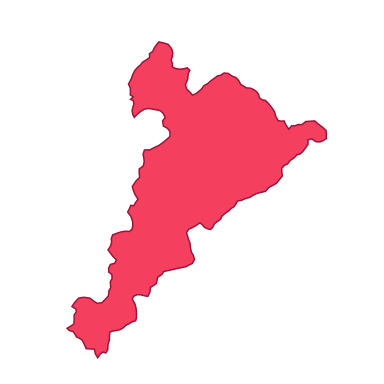 Pedro Leopoldo, Minas Gerais, Brazil (orthographic projection), rotated 173°
{"feature_id": "56859067B61889060897837", "entity_name": "Pedro Leopoldo", "entity_type": "district", "adm_level": 2, "iso_a3": "BRA", "parent_name": "Brazil", "parent_adm1": "Minas Gerais", "projection": "orthographic", "projection_center": [-44.041, -19.629], "detail": "fine", "context": "isolated", "style": "filled", "palette": "rose", "viewbox_px": 384, "rotation_deg": 173, "n_neighbors": 0, "source": "geoboundaries", "source_scale": "gbopen_adm2", "svg_char_len": 3395}
<svg xmlns="http://www.w3.org/2000/svg" viewBox="0 0 384 384"><g transform="rotate(173 192 192)"><path d="M276.0,159.1L277.8,155.5L277.9,152.1L279.4,148.4L282.4,144.8L280.5,141.5L278.3,137.7L275.3,133.7L277.5,130.7L281.9,130.0L284.0,126.6L284.4,122.7L281.6,119.9L281.9,115.8L284.1,112.7L284.3,106.9L286.5,104.1L287.6,99.1L291.4,95.8L295.0,93.1L299.7,93.1L302.8,95.6L306.1,99.0L312.3,100.7L317.4,100.5L320.7,97.8L323.2,95.3L325.1,92.9L321.6,90.1L321.4,87.1L324.0,84.3L324.5,80.0L325.3,75.4L329.4,73.4L332.6,71.9L330.5,69.3L327.1,68.1L325.6,65.4L324.4,62.3L322.0,60.8L319.2,58.6L317.5,54.1L316.1,49.4L312.3,48.7L308.0,47.9L307.6,43.1L305.8,39.0L302.9,42.3L299.9,44.0L297.2,42.7L294.8,45.9L293.9,51.2L292.0,55.2L291.5,59.2L290.6,62.9L287.8,63.7L284.1,63.7L280.4,64.1L276.9,65.5L273.6,67.9L270.6,68.9L267.5,70.3L263.7,71.1L262.4,73.8L261.9,78.3L261.7,83.8L262.3,88.0L264.3,93.0L262.7,95.6L258.9,96.8L255.1,96.1L252.2,94.9L248.6,93.8L246.0,97.6L244.9,102.3L241.9,103.8L238.4,105.6L236.6,111.5L231.9,113.8L229.9,116.5L215.4,117.9L207.3,118.6L204.6,119.6L200.4,121.1L197.7,124.7L198.5,129.3L200.0,132.5L200.3,137.2L200.2,141.5L201.4,146.1L202.4,152.3L199.9,155.4L195.6,156.8L192.1,158.2L187.9,160.4L185.5,158.0L183.7,155.2L181.0,153.5L178.1,152.6L175.6,154.6L173.4,158.0L169.6,160.0L166.9,161.5L165.4,164.3L161.7,166.8L157.7,168.8L155.4,170.8L152.5,172.0L150.2,174.3L148.0,177.5L144.0,177.7L139.5,179.0L135.6,179.6L132.3,181.0L128.5,182.5L123.9,183.2L118.9,183.7L115.2,187.2L110.9,188.7L107.1,190.4L103.7,193.7L100.4,196.9L100.4,200.8L100.1,204.6L97.0,207.2L93.8,208.2L90.8,211.2L86.2,213.7L83.3,216.1L80.2,216.6L77.5,218.3L74.2,221.6L71.0,225.2L70.6,229.6L66.7,230.2L63.2,227.0L59.1,226.1L55.6,227.0L52.2,228.6L51.7,232.3L51.4,236.6L53.9,239.7L56.8,242.5L59.3,245.0L61.5,247.6L65.1,247.8L70.5,248.1L74.8,245.4L78.3,246.1L81.4,245.2L85.0,245.6L88.3,242.6L90.7,247.3L91.9,251.3L95.1,251.5L97.8,252.4L99.6,256.6L100.3,261.4L102.1,265.3L105.4,270.6L108.1,274.1L111.0,274.8L113.6,277.3L114.1,281.0L115.9,284.0L118.4,286.2L121.2,287.9L125.6,288.8L128.1,291.1L130.5,292.7L132.0,296.8L134.5,300.3L137.9,302.0L141.6,305.3L145.7,306.2L149.5,304.3L152.4,304.2L155.4,302.5L159.8,300.1L163.4,297.6L167.4,296.0L169.5,293.5L172.7,291.2L176.0,289.3L179.6,288.0L182.1,291.6L184.8,294.9L185.4,299.3L182.4,304.7L181.3,310.0L179.3,313.1L181.6,315.8L185.1,315.3L188.4,315.3L192.7,316.3L196.3,318.5L195.8,322.0L196.6,325.5L194.9,329.1L194.2,332.2L194.5,335.8L196.0,338.8L197.7,341.5L201.8,343.3L206.5,345.0L209.0,342.8L211.8,339.8L213.9,336.3L217.4,334.4L217.6,330.8L220.6,329.0L225.4,326.8L227.6,324.4L230.8,322.4L234.1,319.4L236.6,315.6L238.7,311.4L241.9,306.9L240.6,302.8L240.9,299.0L241.5,296.0L238.7,293.6L241.7,291.5L239.0,289.8L239.0,286.4L240.4,283.1L241.6,280.0L241.3,276.1L240.2,273.1L237.1,275.7L233.3,278.1L229.2,280.0L225.1,280.2L221.8,279.3L217.6,278.0L213.3,276.4L210.8,273.1L209.6,269.2L212.5,266.1L212.4,260.9L208.5,258.1L206.5,254.7L207.1,249.9L210.2,247.6L213.6,245.4L216.5,243.7L219.6,242.1L223.9,240.8L228.5,239.0L234.1,239.5L235.9,235.7L235.7,231.4L235.7,228.1L237.3,223.7L241.6,221.3L242.1,217.2L242.2,212.9L246.0,210.0L250.6,204.7L249.8,199.8L248.6,195.9L246.5,191.4L249.6,188.1L251.4,185.5L254.4,186.2L256.1,183.1L258.3,180.0L255.6,175.2L254.5,169.7L254.9,165.7L256.0,162.5L258.8,160.5L263.2,161.2L267.5,161.0L271.7,160.2L276.0,159.1Z" fill="#f43f5e" stroke="#9f1239" stroke-width="1.5"/></g></svg>